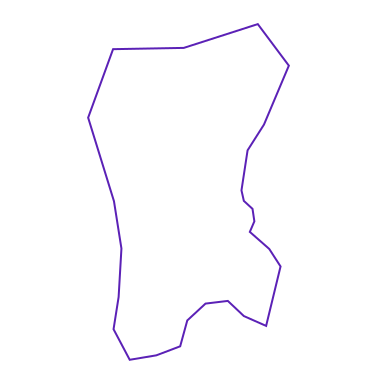 the District of Kampala, rotated 178°
{"feature_id": "UGA-3088", "entity_name": "Kampala", "entity_type": "District", "adm_level": 1, "iso_a3": "UGA", "parent_name": "Uganda", "parent_adm1": "", "projection": "natural_earth1", "projection_center": [32.596, 0.389], "detail": "fine", "context": "isolated", "style": "outline", "palette": "violet", "viewbox_px": 384, "rotation_deg": 178, "n_neighbors": 0, "source": "natural_earth", "source_scale": "10m", "svg_char_len": 478}
<svg xmlns="http://www.w3.org/2000/svg" viewBox="0 0 384 384"><g transform="rotate(178 192 192)"><path d="M160.0,81.9L182.4,80.0L201.2,63.8L209.2,38.2L233.4,30.0L260.1,26.5L275.2,57.6L269.0,89.6L264.5,138.0L270.3,185.5L293.2,269.9L265.9,337.5L195.2,336.3L120.4,357.5L90.8,314.9L117.7,256.9L135.0,231.7L142.5,191.9L140.5,181.3L132.1,173.0L130.7,160.5L135.6,150.1L116.8,132.4L106.1,114.5L122.6,55.6L144.5,66.2L160.0,81.9Z" fill="none" stroke="#5b21b6" stroke-width="2"/></g></svg>